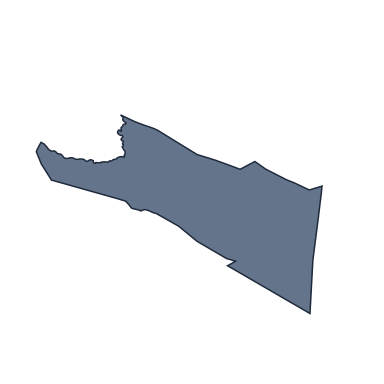 San Bartolomé Yucuañe, Oaxaca, Mexico, rotated 115°
{"feature_id": "50627088B7651687124924", "entity_name": "San Bartolomé Yucuañe", "entity_type": "district", "adm_level": 2, "iso_a3": "MEX", "parent_name": "Mexico", "parent_adm1": "Oaxaca", "projection": "equal_earth", "projection_center": [-97.458, 17.213], "detail": "fine", "context": "isolated", "style": "filled", "palette": "slate", "viewbox_px": 384, "rotation_deg": 115, "n_neighbors": 0, "source": "geoboundaries", "source_scale": "gbopen_adm2", "svg_char_len": 3386}
<svg xmlns="http://www.w3.org/2000/svg" viewBox="0 0 384 384"><g transform="rotate(115 192 192)"><path d="M252.3,33.7L202.8,53.6L184.6,59.4L184.3,59.5L184.0,59.6L183.2,59.9L182.9,60.0L182.5,60.1L181.3,60.5L180.8,60.6L180.2,60.8L178.8,61.3L178.6,61.3L177.3,61.8L175.5,62.3L169.9,64.1L169.1,64.4L168.6,64.5L167.2,65.0L165.5,65.5L164.5,65.8L164.3,65.9L163.4,66.2L161.3,66.8L158.2,67.9L157.3,68.2L156.2,68.5L155.2,68.8L154.3,69.1L153.3,69.5L152.2,69.8L145.6,72.0L145.2,72.1L144.5,72.3L142.2,73.1L140.5,73.6L138.2,74.4L137.8,74.5L137.4,74.6L136.9,74.8L136.5,75.0L136.4,75.0L136.2,75.1L134.9,75.5L133.4,76.1L132.4,76.4L131.7,76.6L140.6,86.6L140.5,103.7L141.0,111.3L140.1,135.1L137.8,147.9L141.1,150.4L141.7,150.9L147.0,154.9L147.7,155.4L149.9,157.1L150.4,157.5L151.1,158.0L151.2,159.3L152.2,171.9L153.3,184.4L154.1,190.3L155.9,203.2L150.6,249.1L150.6,252.5L150.7,254.7L151.7,264.0L152.4,273.6L152.3,289.3L153.1,287.4L153.5,286.1L154.1,285.5L155.7,285.4L156.3,284.6L156.7,283.7L157.0,282.3L157.5,280.9L158.7,281.2L159.5,282.5L160.5,282.9L161.6,282.7L162.3,282.8L163.2,283.4L164.0,283.4L165.1,282.6L166.2,281.9L166.6,281.8L167.0,282.6L166.4,283.7L166.7,284.3L167.1,284.7L167.8,284.8L168.8,284.9L169.8,284.4L170.4,283.5L170.8,282.3L170.9,280.5L170.3,279.1L170.8,278.3L171.6,277.8L171.8,277.8L172.7,278.4L173.4,278.7L174.3,278.5L175.1,277.5L175.1,276.6L174.9,276.1L175.2,275.6L176.0,275.3L176.7,275.4L177.4,275.5L177.9,275.2L178.2,274.6L178.1,274.2L178.3,274.1L178.9,274.1L179.6,273.9L180.6,274.4L181.3,273.5L181.7,272.8L182.3,272.0L182.8,271.1L183.1,270.4L184.3,269.3L185.1,268.9L187.0,268.8L187.3,268.9L187.6,268.9L188.0,268.2L188.5,268.2L189.2,268.5L189.3,269.4L189.4,269.6L189.7,270.5L190.2,271.9L191.0,272.6L191.3,273.0L191.9,273.6L192.5,274.0L193.1,274.4L193.5,274.5L193.9,274.5L194.2,274.7L194.8,275.4L195.3,276.1L195.5,276.6L195.9,277.0L196.5,277.4L197.2,277.7L197.5,277.9L197.8,278.1L198.1,278.5L198.3,279.2L198.6,279.8L199.1,280.1L199.8,280.5L200.4,280.7L201.2,282.8L201.8,284.3L202.5,285.5L202.9,286.4L203.4,286.4L203.8,286.8L203.9,287.4L204.9,288.4L205.5,290.6L206.1,291.7L206.4,291.6L206.8,291.8L207.0,292.1L207.2,293.1L207.2,293.4L206.9,293.8L205.9,294.4L205.3,294.7L205.4,296.2L205.5,297.0L205.6,297.6L206.2,298.2L207.2,299.0L208.7,300.1L208.9,300.8L208.4,302.3L208.3,303.1L208.2,304.1L208.4,305.1L208.6,305.5L208.9,306.3L209.2,307.0L209.6,307.7L210.2,308.6L210.6,309.4L211.1,310.1L211.4,310.9L211.4,311.6L211.4,312.0L211.4,313.5L211.5,314.3L211.7,315.1L211.8,315.7L212.3,316.5L212.6,317.1L213.2,317.5L213.5,317.9L213.9,318.7L214.3,319.4L214.7,320.2L214.9,320.7L215.1,321.5L214.9,322.8L214.2,324.2L213.7,325.2L213.4,325.8L213.2,326.6L213.3,327.4L213.7,328.7L214.0,329.8L214.0,330.2L213.2,332.2L213.0,333.6L213.0,334.0L213.0,334.4L213.6,335.3L214.2,335.9L214.4,336.2L214.3,337.0L214.3,338.4L214.0,339.5L213.7,340.7L213.1,341.5L212.6,342.5L211.7,344.6L211.4,345.4L210.9,346.6L211.0,347.8L210.7,349.8L211.1,349.9L218.6,350.3L221.3,350.1L230.3,340.4L237.3,329.5L240.6,324.5L239.4,317.1L229.4,255.8L228.3,247.7L228.8,247.3L230.3,243.5L231.5,241.4L232.2,239.7L231.8,237.3L231.3,235.2L230.9,233.0L230.7,231.7L230.9,230.6L230.2,229.6L229.2,229.1L228.4,228.1L227.8,227.0L227.5,225.8L227.3,224.1L227.0,222.0L227.2,220.7L227.1,217.8L226.6,215.7L226.9,211.5L228.6,189.8L234.6,166.4L237.7,132.7L236.3,123.3L243.8,128.6L252.3,33.7Z" fill="#64748b" stroke="#1e293b" stroke-width="1.5"/></g></svg>